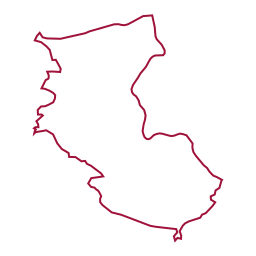 map outline of Wakayama (Robinson projection)
{"feature_id": "JPN-1854", "entity_name": "Wakayama", "entity_type": "Prefecture", "adm_level": 1, "iso_a3": "JPN", "parent_name": "Japan", "parent_adm1": "", "projection": "robinson", "projection_center": [135.481, 33.903], "detail": "fine", "context": "isolated", "style": "outline", "palette": "rose", "viewbox_px": 256, "rotation_deg": 0, "n_neighbors": 0, "source": "natural_earth", "source_scale": "10m", "svg_char_len": 1970}
<svg xmlns="http://www.w3.org/2000/svg" viewBox="0 0 256 256"><path d="M222.0,179.9L221.4,180.8L219.4,187.9L215.6,190.4L214.7,194.5L210.7,196.4L211.0,199.7L215.2,202.3L212.5,206.0L205.7,213.2L202.1,214.6L200.2,217.7L188.8,221.4L185.0,223.4L182.7,225.8L179.7,231.1L181.2,235.8L181.0,238.8L177.5,237.9L175.1,240.6L173.9,236.3L177.3,232.3L176.2,229.1L156.7,226.9L150.5,225.9L121.0,214.7L111.7,212.4L104.6,206.8L102.2,204.8L100.2,202.1L100.1,198.7L101.2,196.1L98.9,191.7L97.7,190.3L96.6,189.8L94.4,187.6L91.1,186.9L88.2,183.5L91.3,178.1L98.6,177.1L103.2,176.4L101.1,173.4L90.9,165.7L87.0,163.9L85.1,160.9L81.5,161.3L75.5,157.1L69.1,156.9L68.6,153.0L61.9,149.1L57.3,143.4L53.1,134.4L46.3,130.3L42.6,131.0L35.6,132.1L34.3,133.4L34.8,131.0L35.8,129.5L34.0,128.3L35.4,127.2L38.4,127.2L38.1,124.2L36.4,121.2L39.5,118.5L42.8,115.5L41.6,114.5L38.0,114.5L37.7,110.0L41.0,106.5L45.2,106.2L48.2,104.9L53.2,102.3L54.9,98.6L55.2,95.1L53.2,92.9L49.3,90.6L44.8,88.8L41.5,88.4L45.6,80.2L46.1,79.8L47.7,79.1L48.4,78.5L48.7,77.4L48.7,75.2L47.2,71.7L52.4,71.5L60.1,72.0L60.7,68.7L58.6,64.8L55.8,59.8L52.4,60.0L49.7,49.9L46.6,46.5L41.2,42.2L34.8,40.4L36.9,36.0L39.7,32.8L42.6,37.3L46.8,38.4L60.4,38.8L85.3,33.2L89.4,31.4L114.2,24.3L118.7,24.2L121.3,24.9L124.6,25.2L127.9,24.3L143.1,16.1L152.2,15.4L154.7,27.0L155.5,36.2L156.7,39.2L161.8,44.9L164.7,50.5L164.6,53.5L163.1,55.2L155.1,55.5L152.9,56.5L150.9,58.2L149.5,60.3L145.9,66.9L140.3,73.6L137.9,77.8L133.1,84.8L131.5,89.1L132.1,92.4L133.7,94.6L135.9,96.1L137.1,97.8L138.8,100.8L139.8,105.0L144.2,110.1L145.6,115.4L145.0,119.7L143.6,124.6L142.6,131.0L143.5,134.6L144.7,137.3L146.6,138.9L148.6,139.2L150.4,138.4L153.7,135.2L156.6,134.0L159.4,133.4L162.2,133.7L170.2,135.9L172.4,136.0L174.7,135.5L177.1,134.5L180.1,133.6L183.2,134.2L186.5,135.3L192.6,143.5L192.4,146.6L192.5,148.4L193.4,152.0L195.8,155.7L203.7,165.2L207.2,168.1L209.0,171.0L210.9,173.2L213.4,175.7L216.7,177.0L222.0,179.9Z" fill="none" stroke="#9f1239" stroke-width="2"/></svg>